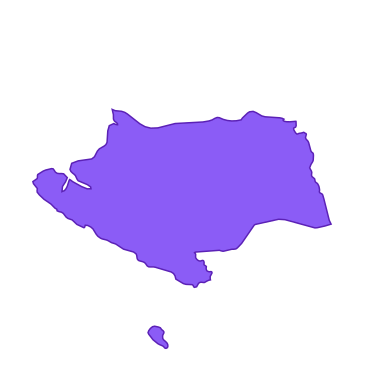 Johor, orthographic projection, rotated 145°
{"feature_id": "MYS-1143", "entity_name": "Johor", "entity_type": "State", "adm_level": 1, "iso_a3": "MYS", "parent_name": "Malaysia", "parent_adm1": "", "projection": "orthographic", "projection_center": [103.469, 2.081], "detail": "fine", "context": "isolated", "style": "filled", "palette": "violet", "viewbox_px": 384, "rotation_deg": 145, "n_neighbors": 0, "source": "natural_earth", "source_scale": "10m", "svg_char_len": 4123}
<svg xmlns="http://www.w3.org/2000/svg" viewBox="0 0 384 384"><g transform="rotate(145 192 192)"><path d="M227.3,109.4L228.9,110.1L231.1,110.5L233.6,110.7L234.3,111.1L236.4,113.0L237.9,113.5L239.3,113.3L242.6,111.7L244.7,112.5L245.0,113.5L244.6,114.7L245.0,116.0L249.9,119.8L251.6,121.9L255.2,129.9L254.0,133.1L253.9,135.8L254.9,138.4L265.2,151.4L266.4,152.6L269.5,154.8L270.5,155.7L271.1,157.2L271.1,160.0L271.4,161.6L272.3,163.1L274.8,166.1L275.3,167.8L275.0,169.1L273.6,171.9L273.3,173.5L274.3,176.4L280.9,184.5L284.4,193.3L287.0,196.7L288.6,200.2L289.6,201.8L292.5,205.1L293.4,206.6L294.5,209.7L294.7,212.4L294.3,218.5L295.0,221.4L296.6,224.4L298.5,226.0L300.2,224.7L301.0,224.7L304.9,231.5L306.2,237.9L308.8,241.5L309.5,243.6L309.7,248.3L310.5,250.3L312.2,252.2L313.3,254.0L312.6,255.4L313.5,257.3L314.5,263.2L317.4,270.8L318.7,277.2L318.9,280.7L317.9,282.3L316.7,283.5L317.1,289.7L316.4,291.8L311.2,291.8L310.5,292.3L309.0,294.3L308.3,294.8L302.0,294.5L299.2,293.9L293.6,291.7L292.5,290.7L292.4,289.3L292.5,286.6L291.7,284.6L290.0,283.1L288.1,281.8L286.7,280.5L285.9,275.3L289.7,272.9L294.9,270.8L298.3,266.9L295.7,266.3L293.2,267.0L290.8,268.3L286.1,271.9L285.1,272.4L284.6,271.4L283.8,268.9L279.3,259.7L276.0,254.7L272.9,252.6L272.1,254.3L273.5,258.1L278.8,266.5L278.8,268.4L278.1,272.3L278.4,274.1L279.0,276.1L279.4,278.3L279.0,280.5L274.1,284.5L267.4,282.8L255.2,276.6L251.7,276.8L246.0,279.8L243.1,280.5L237.4,280.0L235.3,280.2L233.1,281.4L225.9,290.4L221.7,293.8L216.7,292.9L216.5,292.3L215.5,290.8L214.4,289.8L213.9,290.5L214.0,292.0L214.7,294.1L214.8,295.3L214.5,296.8L212.0,300.5L210.0,305.4L208.3,302.7L203.4,298.5L201.4,295.8L200.2,293.0L195.6,277.8L193.0,272.4L189.1,267.9L183.2,264.1L166.6,257.8L142.9,243.1L137.2,240.4L134.1,239.5L130.9,239.2L128.6,238.6L127.0,237.2L124.7,233.5L122.0,230.3L118.7,227.4L114.8,224.9L110.4,222.9L108.2,223.7L101.2,224.8L98.9,224.7L95.7,223.0L93.9,220.2L91.2,214.3L88.9,211.6L77.5,202.4L75.9,200.7L74.9,198.9L76.1,198.6L76.3,198.2L76.0,197.6L75.9,197.0L74.1,195.2L71.6,193.4L66.3,190.3L66.3,190.2L68.7,186.5L70.0,185.7L71.6,186.0L72.1,186.0L72.6,185.3L73.0,184.2L73.2,181.4L73.1,180.2L72.8,179.3L72.4,179.1L72.0,178.9L70.9,178.7L70.5,178.6L69.7,178.1L67.6,177.2L66.6,177.0L66.2,176.7L66.0,176.4L65.7,175.5L65.2,174.7L65.1,174.2L65.3,173.6L67.7,171.6L67.9,171.1L68.1,170.6L68.2,169.6L68.1,168.9L67.9,167.9L67.9,167.3L67.9,166.8L68.2,165.3L70.9,157.9L71.1,156.9L71.1,156.3L70.7,154.8L70.6,154.3L70.9,153.4L71.6,152.2L74.4,148.6L75.6,147.7L78.8,146.3L81.8,144.3L82.2,140.7L82.6,139.4L84.3,137.4L84.7,136.7L84.8,135.9L84.8,135.4L84.4,134.2L84.0,132.5L84.2,131.9L85.0,130.2L85.1,129.5L84.9,128.4L84.6,127.7L84.4,127.0L84.4,126.3L84.6,124.7L84.9,123.5L85.8,121.5L86.2,120.7L86.7,120.0L87.6,119.1L87.7,118.6L87.7,118.1L87.3,117.1L86.7,116.1L86.6,115.3L86.6,114.6L87.9,110.8L95.8,90.1L96.5,85.9L102.6,87.9L109.9,90.9L111.9,92.1L131.7,116.0L136.7,120.0L158.7,129.1L159.4,129.2L160.0,129.2L180.9,121.4L186.9,120.2L188.7,120.2L190.5,121.1L192.3,122.3L200.1,125.4L200.8,125.9L202.0,127.2L202.8,128.3L203.1,128.6L223.1,140.5L224.3,140.9L224.8,140.8L224.6,140.2L224.6,139.6L224.6,139.3L224.7,139.0L224.9,138.6L226.4,136.6L226.6,136.2L226.7,135.7L226.7,134.7L226.7,134.1L226.5,133.2L226.2,132.4L225.8,131.7L225.1,130.9L224.7,130.6L224.2,130.5L223.0,130.1L222.6,129.9L222.3,129.6L222.1,129.2L222.0,128.7L222.1,128.4L222.4,127.6L222.7,127.0L223.6,126.0L223.7,125.8L223.8,125.5L223.8,125.2L223.1,123.4L223.0,122.8L223.1,122.5L223.5,122.1L224.0,121.7L224.5,120.8L224.7,120.4L224.9,119.5L225.0,119.1L224.9,118.7L224.7,118.2L224.4,117.7L224.0,117.2L223.7,116.9L223.4,116.6L222.2,116.0L222.0,115.8L221.7,115.4L221.7,114.8L222.2,114.1L225.3,112.5L225.6,112.3L226.9,110.4L227.3,109.4ZM308.7,93.4L309.0,100.3L308.7,102.0L307.0,103.2L304.4,104.1L301.6,104.3L299.6,103.5L296.9,100.6L295.8,98.9L295.8,97.7L295.8,96.9L295.2,94.6L295.3,93.4L296.0,92.6L297.7,91.7L298.6,91.0L300.0,88.8L300.0,86.8L299.4,84.7L299.1,82.4L299.4,80.9L300.2,79.5L301.4,78.6L302.9,78.8L303.6,79.4L303.8,80.2L304.0,81.9L304.4,82.9L306.1,85.6L307.0,87.4L308.7,93.4Z" fill="#8b5cf6" stroke="#5b21b6" stroke-width="1.5"/></g></svg>